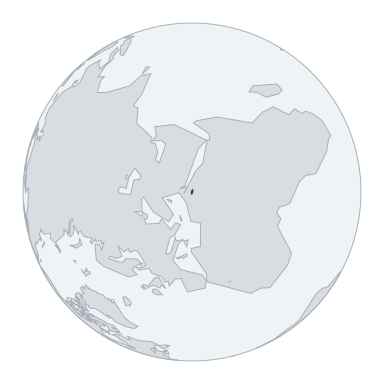 the Earth from above Asyut, rotated 236°
{"feature_id": "EGY-1549", "entity_name": "Asyut", "entity_type": "Governorate", "adm_level": 1, "iso_a3": "EGY", "parent_name": "Egypt", "parent_adm1": "", "projection": "orthographic", "projection_center": [31.171, 27.231], "detail": "fine", "context": "on_globe", "style": "filled", "palette": "blue", "viewbox_px": 384, "rotation_deg": 236, "n_neighbors": 0, "source": "natural_earth", "source_scale": "10m", "svg_char_len": 10230}
<svg xmlns="http://www.w3.org/2000/svg" viewBox="0 0 384 384"><g transform="rotate(236 192 192)"><circle cx="192" cy="192" r="169" fill="#eef3f6" stroke="#a8b0b8"/><path d="M215.1,24.6L207.5,23.8L206.9,23.9L212.2,24.4L215.0,25.0L207.2,24.1L211.2,25.2L199.3,25.2L179.0,24.6L172.1,26.2L150.3,30.5L151.9,30.7L144.7,33.1L143.9,34.4L140.1,35.3L142.8,35.7L146.4,34.7L148.8,34.6L148.7,35.4L143.8,36.5L143.2,36.3L141.7,37.0L139.3,37.3L140.4,37.7L134.5,39.2L140.1,39.0L135.2,41.3L131.3,42.1L132.1,40.2L125.0,38.9L121.4,39.9L115.4,42.7L103.4,51.1L99.2,53.3L93.2,57.5L95.3,56.8L100.8,53.4L103.2,53.7L109.6,50.0L111.5,49.8L117.9,47.1L116.5,49.5L111.7,53.5L106.3,56.0L104.0,58.1L108.8,57.6L98.5,64.7L91.1,74.1L88.5,76.0L84.0,75.5L84.9,70.0L79.0,71.2L82.3,72.7L75.7,78.2L74.4,80.3L74.5,81.6L76.8,80.6L74.5,83.2L70.3,82.1L72.4,79.7L73.7,79.9L74.1,77.6L71.2,77.8L68.1,81.0L67.1,79.3L64.9,81.7L63.4,83.0L67.1,79.1L60.5,86.4L59.4,87.3L67.6,77.7L76.4,68.8L85.8,60.6L95.9,53.0L106.5,46.3L117.5,40.4L129.0,35.2L140.8,31.0L152.8,27.6L165.1,25.2L177.6,23.7L190.1,23.1L202.7,23.4L215.1,24.6ZM26.7,156.8L26.2,160.0L25.9,161.3L24.0,178.6L24.9,191.1L25.1,199.3L24.7,202.3L25.7,206.3L25.8,209.0L32.3,224.5L37.9,237.1L39.2,246.2L37.5,251.9L42.8,270.1L41.8,269.3L36.3,257.7L31.8,245.7L28.2,233.3L25.5,220.7L23.8,208.0L23.1,195.2L23.3,182.3L24.5,169.5L26.7,156.8ZM118.3,46.0L118.1,46.5L117.0,46.7L118.3,46.0ZM121.2,44.5L120.0,44.3L121.3,43.6L122.0,43.7L121.2,44.5ZM219.1,25.3L221.0,25.8L217.8,25.1L219.1,25.3ZM122.3,44.9L123.6,42.3L125.8,41.1L130.2,40.6L122.3,44.9ZM221.3,25.9L226.1,27.5L229.0,27.9L223.4,28.0L221.2,26.4L216.7,25.4L220.2,25.9L221.3,25.9ZM147.6,34.0L143.8,35.1L147.1,33.5L147.6,34.0ZM149.2,33.1L156.1,29.2L161.8,28.3L158.3,29.6L165.7,28.2L165.1,29.6L160.9,30.7L157.4,30.9L159.8,31.4L149.2,33.1ZM219.5,28.1L219.6,28.5L218.1,28.0L219.5,28.1ZM150.0,34.5L150.9,33.6L155.9,32.7L155.0,34.3L153.7,34.0L150.0,34.5ZM168.0,27.2L171.5,27.1L172.0,28.1L173.5,28.2L165.6,29.6L168.0,27.2ZM152.5,34.7L154.5,35.2L152.0,36.4L149.5,35.3L152.5,34.7ZM157.6,31.9L159.9,31.6L158.3,32.2L157.6,31.9ZM144.4,41.6L145.3,40.3L148.0,39.7L144.4,41.6ZM155.4,35.3L156.2,34.9L157.4,34.6L158.1,35.2L155.4,35.3ZM166.5,30.4L165.9,31.0L169.7,29.9L170.2,30.8L164.9,31.7L167.4,31.7L167.6,32.1L163.0,32.4L166.5,30.4ZM162.4,35.0L155.8,36.8L153.4,39.2L151.0,39.7L155.2,35.8L162.4,35.0ZM163.2,33.4L162.1,34.4L159.6,34.4L158.8,33.7L163.2,33.4ZM172.5,31.3L173.1,29.6L174.2,29.5L172.5,31.3ZM162.2,35.6L163.8,35.2L162.3,35.8L162.2,35.6ZM169.9,32.6L169.9,31.9L171.3,31.8L169.9,32.6ZM166.9,35.0L164.8,35.5L164.2,35.0L166.9,35.0ZM168.7,33.9L170.5,33.9L165.2,34.5L168.5,33.6L168.7,33.9ZM171.1,32.6L171.9,32.3L170.9,32.9L171.1,32.6ZM170.6,37.0L164.1,37.9L162.7,36.6L169.2,35.9L170.6,37.0ZM77.9,230.3L69.1,203.1L73.9,195.1L75.2,183.9L109.3,154.2L116.1,158.3L142.4,158.0L145.6,159.9L142.1,168.5L161.4,181.6L168.3,174.6L186.3,181.2L198.6,180.9L203.8,164.1L183.7,164.2L180.6,156.0L197.1,148.8L214.8,149.3L214.2,146.2L203.4,139.5L207.9,133.6L199.7,136.8L202.7,139.9L197.7,142.2L194.7,139.5L196.4,137.4L191.1,136.0L184.4,147.2L186.7,151.6L172.8,153.3L175.4,161.0L171.5,164.3L165.7,152.7L166.6,148.5L155.5,135.7L153.3,140.1L163.6,152.7L160.2,151.6L157.4,158.4L156.9,152.3L146.2,138.1L133.9,139.2L117.6,154.1L110.5,154.1L105.0,149.2L111.7,132.4L126.6,134.5L129.2,129.3L126.8,120.6L131.5,122.2L132.4,119.1L138.1,119.7L146.8,113.4L152.7,113.5L156.7,104.6L160.3,103.6L156.9,109.0L157.7,113.1L172.4,113.9L175.4,112.1L176.8,106.5L180.7,107.7L180.2,102.2L189.0,100.5L177.9,98.2L179.2,92.3L184.8,88.1L183.3,85.9L174.2,92.9L172.3,96.1L173.9,99.5L167.2,108.9L162.0,110.1L161.5,99.3L154.1,100.2L157.0,92.0L179.9,77.1L189.1,74.7L203.1,82.4L200.6,86.0L194.4,84.7L199.6,91.0L199.4,88.0L202.6,89.3L204.8,84.6L207.2,85.3L205.1,79.8L208.3,80.1L209.5,83.6L215.4,77.6L222.1,77.5L222.3,75.9L220.6,74.2L230.2,75.5L229.9,74.3L226.7,73.3L223.9,70.4L222.9,65.9L226.3,66.6L227.1,68.3L234.0,73.3L235.7,78.2L237.0,78.1L236.3,74.0L227.9,67.9L226.3,65.0L230.7,67.4L229.0,66.3L229.3,65.1L232.7,64.8L228.1,62.0L226.5,50.0L233.0,48.6L237.1,51.8L239.6,45.7L246.7,45.7L243.7,44.6L242.8,41.7L240.6,41.6L239.0,40.9L235.7,34.5L237.6,34.0L232.8,31.0L231.2,30.6L229.5,30.8L223.4,28.0L229.0,27.9L232.3,28.7L233.5,28.5L240.8,30.7L247.4,32.7L254.7,35.9L259.3,37.6L259.2,37.4L265.5,40.0L278.4,46.9L268.1,42.2L248.7,34.2L256.6,37.3L254.9,37.1L257.7,38.6L263.3,41.0L263.9,40.9L273.1,48.9L286.7,58.6L285.6,55.6L289.1,56.9L303.6,67.7L321.1,89.3L325.9,93.1L328.9,96.9L330.8,101.2L326.5,95.7L324.7,95.5L321.9,92.0L323.5,97.8L319.6,93.1L322.7,100.3L326.0,103.1L326.1,99.4L330.5,108.3L335.8,112.2L340.9,120.3L347.1,140.4L346.7,150.2L347.7,153.3L345.2,152.1L345.4,160.4L352.8,172.5L353.9,177.3L352.6,190.6L351.9,187.2L345.4,184.2L346.7,196.4L351.8,201.6L353.6,211.1L350.8,210.9L348.6,202.7L346.3,201.3L345.1,191.1L339.7,178.3L336.7,184.2L335.2,178.2L327.3,169.2L322.0,177.4L314.9,199.5L316.8,215.2L313.1,224.0L301.4,205.5L296.2,191.3L292.0,194.4L280.0,184.6L259.3,189.2L256.3,185.6L252.4,188.5L243.9,185.9L239.4,179.8L234.3,181.1L246.4,196.9L251.8,195.6L256.4,187.9L258.7,193.9L266.9,197.7L257.9,214.9L227.2,232.8L224.2,221.2L201.0,189.4L201.7,185.6L201.6,185.2L201.3,184.4L199.2,190.7L195.2,184.3L207.5,207.1L209.6,216.9L226.7,233.6L225.1,235.6L230.6,238.7L248.4,231.8L248.5,235.7L240.1,254.8L215.5,280.5L218.8,295.0L217.2,307.0L202.0,315.5L203.5,323.8L195.7,326.8L195.4,331.3L189.2,335.9L178.8,339.7L161.0,338.7L159.8,335.0L150.6,326.6L137.9,304.9L142.2,295.4L140.6,287.1L127.7,266.4L130.5,255.8L127.1,250.6L120.1,250.6L116.2,244.2L111.9,243.2L85.6,240.4L77.9,230.3ZM97.2,171.5L96.1,174.8L97.2,171.5ZM233.4,158.6L244.0,158.0L239.3,148.0L243.0,147.1L240.1,144.2L238.9,147.3L231.7,139.4L236.3,135.8L235.0,131.5L231.4,131.5L224.2,139.5L234.5,150.6L232.0,155.2L233.4,158.6ZM26.2,160.2L25.8,162.8L25.9,161.5L26.2,160.2ZM33.5,133.7L32.6,136.4L33.0,135.0L33.5,133.7ZM34.5,130.8L34.1,132.0L34.1,131.8L34.5,130.8ZM76.0,78.3L76.2,78.5L75.8,80.2L74.9,80.2L76.0,78.3ZM80.5,84.0L76.6,88.1L78.8,84.9L76.7,85.5L78.7,80.0L87.3,76.7L83.0,79.0L80.5,84.0ZM83.8,72.4L81.5,75.8L83.6,72.2L83.8,72.4ZM131.5,103.2L133.3,105.5L130.7,108.7L123.3,109.9L126.8,105.1L131.5,103.2ZM136.3,108.1L137.9,97.8L142.6,97.0L139.7,99.1L142.6,99.6L138.7,103.2L141.6,113.2L139.6,116.8L126.9,116.2L132.2,114.2L130.2,111.9L136.3,108.1ZM133.7,76.6L134.5,73.3L143.7,75.9L141.9,78.8L134.4,79.8L132.0,77.0L133.7,76.6ZM129.8,44.9L129.5,44.2L130.9,43.8L132.2,44.0L129.8,44.9ZM144.6,41.1L132.6,47.7L131.6,47.1L125.7,52.2L120.9,52.9L124.9,49.5L116.7,54.2L118.4,51.4L113.1,54.8L122.5,47.1L123.7,45.1L124.2,47.0L128.6,46.3L130.9,45.4L138.2,41.7L142.9,37.6L148.0,36.6L150.4,37.1L150.0,37.9L146.8,38.2L148.6,39.1L143.7,40.2L144.6,41.1ZM175.1,49.0L171.6,47.9L174.4,52.0L169.5,52.2L170.2,52.7L166.4,54.2L163.0,56.9L160.9,56.6L160.5,57.9L158.0,59.0L156.7,60.7L152.4,60.9L150.5,63.1L149.5,62.0L147.4,65.7L147.0,63.1L143.8,64.7L145.8,66.3L125.7,65.8L117.5,68.3L110.8,72.0L111.1,67.7L117.5,61.7L126.7,56.1L134.6,54.6L133.3,53.1L136.7,52.1L136.3,53.7L138.9,50.7L141.6,50.3L149.7,46.6L151.9,43.1L154.9,41.8L155.4,43.1L158.1,41.0L161.1,42.6L163.4,41.9L168.6,42.9L168.3,46.1L170.8,45.1L174.9,46.1L175.1,49.0ZM172.0,37.4L172.7,40.6L170.4,42.5L162.2,39.9L159.8,40.4L154.5,39.3L158.0,36.7L159.2,37.2L161.2,37.1L159.3,38.0L162.3,37.3L164.0,38.0L166.8,37.8L166.2,38.8L172.0,37.4ZM149.6,156.9L152.1,157.5L156.2,157.5L154.5,162.0L149.6,156.9ZM142.1,147.3L144.5,147.0L144.0,152.9L141.4,152.4L142.1,147.3ZM146.2,142.0L144.6,146.5L143.9,143.8L146.2,142.0ZM159.1,108.6L161.6,108.1L161.7,109.4L160.2,111.4L159.1,108.6ZM182.6,62.8L181.0,61.5L181.8,60.9L181.3,57.2L184.8,57.0L186.6,59.2L182.6,62.8ZM200.2,167.1L196.4,170.4L194.6,168.8L196.3,168.0L200.2,167.1ZM174.2,166.6L179.9,168.9L173.6,167.8L174.2,166.6ZM186.5,62.0L185.8,60.4L188.0,61.3L186.5,62.0ZM187.4,56.7L190.1,57.3L185.2,56.5L187.4,56.7ZM260.4,345.1L260.9,345.4L258.5,346.3L260.4,345.1ZM245.9,301.9L234.0,322.8L226.1,323.8L224.8,318.5L229.3,306.2L238.5,301.6L243.1,295.2L245.9,301.9ZM358.4,221.2L355.2,229.4L353.4,230.8L354.2,227.5L357.1,222.8L358.4,221.2ZM354.1,227.7L350.8,225.5L343.3,211.2L346.1,209.2L353.3,214.8L352.9,217.4L354.9,220.1L354.1,227.7ZM360.4,202.1L359.9,209.3L358.5,213.3L357.7,214.4L357.1,207.3L357.5,202.2L358.3,200.6L359.3,179.3L360.1,180.5L360.3,188.7L360.8,192.6L360.4,202.1ZM317.6,216.4L321.5,223.9L319.2,226.6L317.6,216.4ZM358.0,166.4L358.8,175.5L357.6,164.6L358.0,166.4ZM356.3,157.1L357.1,160.1L356.3,158.1L356.3,157.1ZM349.2,157.7L348.4,160.2L347.6,158.0L348.1,153.5L349.2,157.7ZM344.8,127.4L347.8,133.8L348.7,136.3L346.9,133.3L344.8,127.4ZM216.2,60.8L213.0,65.9L213.0,70.2L216.8,73.1L210.1,71.5L210.0,64.9L216.2,60.8ZM224.8,51.1L221.5,49.0L223.8,48.8L224.9,49.2L224.8,51.1ZM222.2,50.6L216.6,50.4L215.2,48.5L220.0,49.1L222.2,50.6ZM201.5,55.5L200.3,56.9L198.5,56.1L201.5,55.5ZM360.4,205.5L360.6,202.6L360.9,193.4L360.9,189.0L360.9,187.6L361.0,190.2L360.9,192.7L360.9,195.0L360.4,205.5ZM359.5,170.1L359.2,168.3L359.6,172.2L358.1,160.9L358.4,162.6L359.5,170.1ZM358.0,161.5L358.5,165.0L357.5,158.9L358.0,161.5ZM358.1,163.7L357.3,160.1L357.4,159.3L358.1,163.7ZM358.0,160.7L356.5,154.1L357.3,157.1L358.0,160.7ZM355.1,152.4L356.7,155.6L356.0,156.7L352.2,144.9L352.2,143.0L355.1,152.4ZM331.1,97.5L329.0,94.8L328.0,92.8L329.7,95.1L331.1,97.5ZM322.6,84.9L327.0,91.4L330.2,97.3L330.9,97.7L334.8,103.6L331.8,100.3L326.9,92.4L325.1,88.9L321.5,84.5L318.1,80.0L313.6,75.5L311.0,72.7L314.5,75.9L322.6,84.9ZM311.7,73.7L302.6,65.5L302.2,64.3L304.1,65.8L308.4,69.9L308.4,70.3L311.7,73.7ZM300.3,63.3L300.2,63.7L286.6,55.4L283.6,53.4L293.7,58.4L294.1,59.2L297.6,61.7L300.3,63.3ZM221.4,28.7L219.7,28.5L220.7,28.4L221.4,28.7ZM237.8,41.0L235.9,40.0L237.1,39.6L237.8,41.0ZM231.2,37.4L231.2,38.4L229.8,37.0L231.2,37.4ZM231.4,41.0L230.5,38.7L233.4,41.4L231.4,41.0Z" fill="#d9dde1" stroke="#a8b0b8" stroke-width="1"/><path d="M190.7,190.8L190.8,190.8L191.1,190.9L191.4,190.9L191.4,191.1L191.4,191.3L191.5,191.4L191.7,191.6L192.0,191.7L192.2,191.8L192.3,191.8L192.4,192.1L192.5,192.1L192.6,192.3L192.8,192.4L192.8,192.5L193.2,193.2L192.9,193.1L192.9,192.9L192.7,192.9L192.7,193.0L192.3,193.2L192.0,192.5L192.0,192.4L191.9,192.3L191.8,192.2L191.5,192.1L191.4,192.1L191.0,191.7L190.7,191.1L190.7,190.9L190.7,190.8Z" fill="#3b82f6" stroke="#1e3a8a" stroke-width="1.5"/></g></svg>